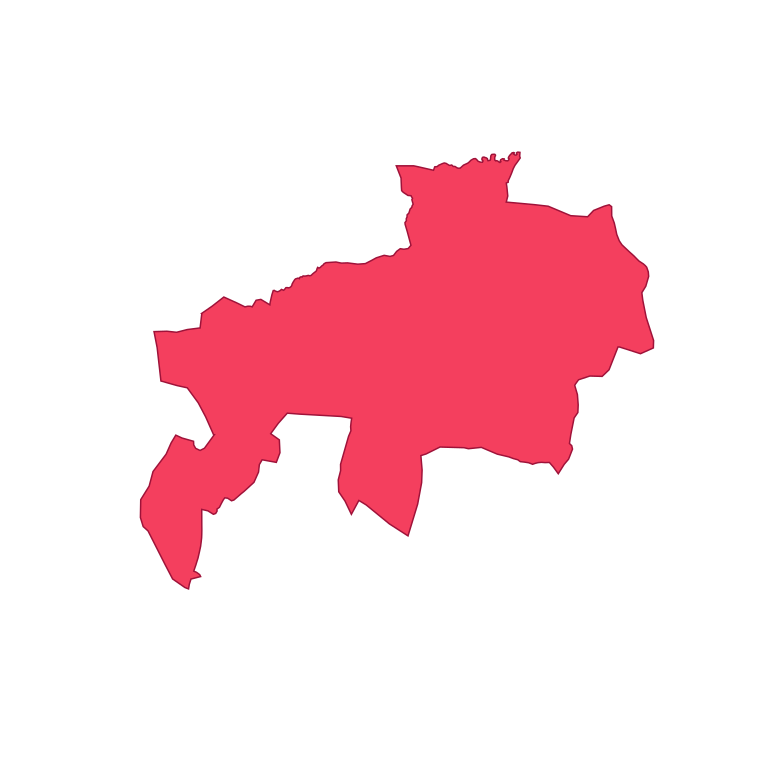 the district of Kabo, Kano, Nigeria, rotated 294°
{"feature_id": "59680162B55022918372626", "entity_name": "Kabo", "entity_type": "district", "adm_level": 2, "iso_a3": "NGA", "parent_name": "Nigeria", "parent_adm1": "Kano", "projection": "orthographic", "projection_center": [8.188, 11.892], "detail": "fine", "context": "isolated", "style": "filled", "palette": "rose", "viewbox_px": 768, "rotation_deg": 294, "n_neighbors": 0, "source": "geoboundaries", "source_scale": "gbopen_adm2", "svg_char_len": 4719}
<svg xmlns="http://www.w3.org/2000/svg" viewBox="0 0 768 768"><g transform="rotate(294 384 384)"><path d="M638.6,519.8L639.3,516.8L636.0,512.8L627.8,504.9L619.6,502.0L613.7,486.1L613.2,461.7L608.9,448.1L603.6,432.5L599.9,421.7L606.1,420.6L614.0,416.1L615.9,414.9L616.5,414.4L617.5,414.0L617.8,414.4L618.3,414.9L618.8,415.4L620.3,414.8L623.8,414.9L628.5,414.8L633.3,414.5L637.0,414.7L642.2,415.8L645.9,416.5L647.3,415.3L650.9,414.0L650.5,412.6L650.2,411.8L649.4,411.2L648.3,411.4L648.0,412.0L647.2,411.8L646.6,411.1L646.5,410.2L646.8,408.8L647.4,409.0L648.2,409.1L648.2,408.3L647.3,407.0L645.8,406.5L643.9,405.8L641.7,405.5L640.8,405.8L640.7,406.6L639.6,406.8L638.2,406.3L637.5,404.5L637.4,402.5L638.5,402.2L638.0,400.6L636.3,399.4L635.4,399.4L634.6,399.7L634.5,400.3L633.5,399.8L633.6,398.6L633.9,397.6L633.9,396.2L633.3,395.3L633.6,394.2L635.0,393.4L636.9,392.8L637.8,393.0L638.5,392.7L638.9,391.8L638.3,390.3L637.4,389.0L635.8,388.8L633.7,389.5L632.6,389.9L631.5,389.9L630.3,388.2L631.0,387.4L631.9,386.8L632.2,385.4L632.0,384.0L632.0,383.0L631.1,381.8L629.8,381.8L629.0,382.1L628.5,382.6L628.3,383.5L627.5,383.8L626.6,383.7L626.3,382.9L625.9,381.9L625.8,380.7L625.8,379.2L626.4,378.1L626.9,376.9L627.1,375.8L626.2,374.2L624.9,373.2L623.6,372.3L621.8,371.7L619.8,370.7L616.3,367.6L612.2,365.8L611.3,364.0L611.2,362.7L611.6,360.6L611.4,359.8L610.9,358.7L611.4,357.4L611.6,356.8L610.6,355.4L610.3,354.6L610.8,351.0L610.4,349.1L608.9,347.5L607.3,346.1L606.0,344.9L604.3,344.2L603.5,342.8L603.0,342.0L599.4,342.3L596.4,327.1L595.4,322.4L588.3,306.5L579.1,315.8L570.4,320.1L567.8,321.5L566.9,323.7L566.0,329.2L567.0,332.1L566.3,332.9L565.3,334.5L563.7,334.5L563.1,335.0L560.1,337.5L558.4,337.2L556.6,337.5L554.5,336.7L550.3,337.2L547.9,336.3L546.0,337.1L544.0,337.1L542.3,338.0L540.0,337.5L538.4,338.4L532.9,343.1L521.7,352.2L517.6,351.0L515.2,347.4L514.2,343.8L510.3,341.6L505.3,340.4L503.0,337.6L501.6,331.8L496.1,325.6L492.0,322.5L486.4,318.0L482.8,311.3L479.8,301.4L477.1,295.9L475.9,290.5L471.3,281.7L469.5,280.3L468.0,280.0L466.9,279.3L465.8,278.8L464.6,278.4L463.4,277.4L463.6,276.0L462.4,275.9L460.4,276.2L459.2,276.0L457.7,275.1L455.5,274.0L453.6,273.3L452.7,272.2L452.4,270.6L451.4,269.4L450.4,267.9L449.8,266.1L448.5,265.7L448.2,264.6L447.1,263.7L445.8,263.8L445.8,262.4L444.8,261.3L444.0,260.4L443.0,260.0L440.4,259.6L437.9,259.4L436.4,259.7L435.1,259.4L433.9,258.8L432.9,257.5L432.7,256.3L432.1,255.2L430.1,254.7L428.8,254.2L428.7,251.8L427.4,251.3L426.2,250.5L425.0,249.3L424.8,248.1L424.7,246.8L424.9,245.7L424.3,244.8L419.9,245.3L412.3,246.8L409.9,247.5L411.2,237.1L408.5,233.1L400.9,232.2L400.7,230.4L399.7,228.0L397.9,225.6L398.2,217.4L398.3,202.3L385.3,195.4L374.3,188.7L374.3,188.9L360.4,193.2L360.0,192.5L353.7,182.1L346.9,173.5L343.9,164.2L338.3,152.6L324.9,162.0L296.0,179.0L298.4,195.6L300.5,205.8L300.4,206.0L291.3,221.9L281.4,234.5L268.4,248.9L268.7,249.6L252.3,246.1L248.5,243.0L248.6,238.1L250.9,235.0L254.2,233.3L252.5,221.5L252.6,214.6L243.5,213.5L231.3,213.5L210.1,208.6L195.2,211.0L179.4,208.8L162.9,215.8L155.8,222.0L153.8,228.2L129.9,257.6L119.9,270.2L117.1,284.9L117.3,288.8L121.9,287.6L127.3,287.0L133.5,294.8L134.9,293.1L135.7,289.4L135.7,286.3L142.4,285.7L145.6,285.3L149.2,284.9L154.9,283.8L161.1,282.5L165.4,281.2L169.2,280.0L171.7,279.0L172.7,278.6L176.7,276.9L180.4,275.2L195.3,268.5L196.5,274.7L195.6,281.1L196.1,281.7L197.3,282.9L199.9,283.2L200.8,282.8L201.8,282.3L204.4,283.8L208.6,284.0L212.6,284.3L215.2,284.8L215.4,285.4L216.1,287.6L215.3,292.2L217.0,294.1L225.6,298.1L228.9,299.8L241.3,305.2L252.5,305.2L259.7,302.9L265.2,303.5L268.6,317.5L278.9,316.9L290.4,311.1L292.5,300.7L305.0,303.4L318.0,307.5L322.1,319.0L336.9,358.0L339.6,368.4L335.6,369.5L331.4,370.9L327.8,372.8L321.8,372.9L292.9,377.0L287.2,379.6L277.8,381.2L267.1,386.5L261.2,396.0L251.7,407.2L267.4,408.4L266.3,416.9L258.4,445.8L255.0,467.7L288.0,463.6L309.2,458.5L320.9,453.8L333.6,446.8L337.2,450.9L349.2,460.8L358.4,483.1L359.2,487.4L365.7,498.7L366.0,516.0L368.2,527.7L368.5,532.5L369.2,537.0L368.5,540.1L369.7,543.8L370.9,548.2L371.1,552.4L373.0,554.4L374.8,556.7L376.5,559.7L377.7,563.1L379.6,567.0L377.0,572.6L372.9,579.7L383.9,581.3L390.4,583.2L398.8,582.8L401.2,582.7L404.0,580.6L405.1,577.6L413.9,575.2L430.3,571.5L436.8,572.7L443.9,569.9L453.0,565.0L460.3,558.8L461.7,558.9L467.0,560.0L475.0,568.8L479.7,580.2L488.5,583.8L513.0,582.7L513.6,584.2L516.0,606.0L526.5,615.4L533.4,612.6L551.4,596.5L565.7,586.4L572.3,582.4L579.8,583.4L590.0,582.0L594.0,579.8L597.5,576.5L598.4,574.6L599.2,572.1L600.0,567.1L600.8,564.9L602.7,560.1L604.5,554.5L607.2,546.8L608.0,544.6L610.5,540.7L615.3,535.8L619.9,532.5L624.7,528.9L630.1,523.7L638.6,519.8Z" fill="#f43f5e" stroke="#9f1239" stroke-width="1.5"/></g></svg>